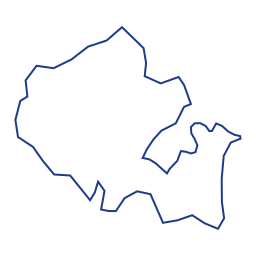 the border of Criuleni
{"feature_id": "MDA-1634", "entity_name": "Criuleni", "entity_type": "District", "adm_level": 1, "iso_a3": "MDA", "parent_name": "Moldova", "parent_adm1": "", "projection": "equal_earth", "projection_center": [29.094, 47.155], "detail": "fine", "context": "isolated", "style": "outline", "palette": "blue", "viewbox_px": 256, "rotation_deg": 0, "n_neighbors": 0, "source": "natural_earth", "source_scale": "10m", "svg_char_len": 1056}
<svg xmlns="http://www.w3.org/2000/svg" viewBox="0 0 256 256"><path d="M43.3,161.5L33.0,146.9L18.0,137.0L15.4,119.9L20.3,100.9L27.4,96.5L25.6,80.4L36.6,65.8L53.5,68.2L71.4,59.5L88.1,46.6L106.6,40.5L122.0,27.2L143.6,48.2L146.1,62.9L144.7,76.2L160.7,83.4L178.6,77.0L184.0,84.9L190.9,104.0L184.0,106.9L175.8,123.3L161.5,130.6L153.7,139.1L146.8,149.3L142.7,158.0L143.0,158.0L149.4,159.4L155.6,163.2L155.7,163.3L164.6,171.3L167.0,173.4L169.5,169.1L177.3,160.8L180.9,151.1L185.6,151.7L191.0,153.4L195.4,152.2L197.4,145.3L194.7,139.2L191.3,133.2L190.9,127.1L194.7,123.3L200.3,123.2L205.7,126.0L205.8,126.1L209.2,131.0L209.3,131.0L211.9,131.0L216.2,123.5L221.9,125.8L222.0,125.9L228.2,131.5L228.4,131.6L234.4,134.8L240.0,136.0L240.6,138.6L230.8,142.5L223.7,155.9L221.7,178.9L221.9,202.1L224.1,218.3L218.0,228.8L204.5,223.2L192.2,215.2L177.5,220.3L163.0,222.8L150.5,194.2L137.2,191.3L124.6,198.1L115.9,211.1L108.7,211.0L101.1,209.5L104.5,190.9L98.1,181.7L94.8,192.5L90.1,200.2L70.2,175.5L54.2,174.5L43.3,161.5Z" fill="none" stroke="#1e3a8a" stroke-width="2"/></svg>